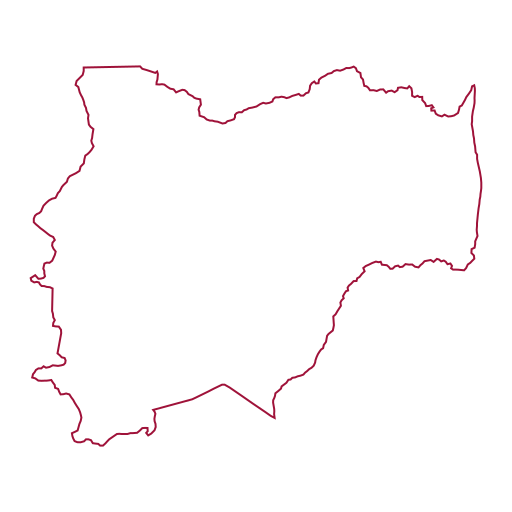 the district of Guaraí, Tocantins, Brazil
{"feature_id": "56859067B33114689351252", "entity_name": "Guaraí", "entity_type": "district", "adm_level": 2, "iso_a3": "BRA", "parent_name": "Brazil", "parent_adm1": "Tocantins", "projection": "orthographic", "projection_center": [-48.435, -8.766], "detail": "fine", "context": "isolated", "style": "outline", "palette": "rose", "viewbox_px": 512, "rotation_deg": 0, "n_neighbors": 0, "source": "geoboundaries", "source_scale": "gbopen_adm2", "svg_char_len": 5854}
<svg xmlns="http://www.w3.org/2000/svg" viewBox="0 0 512 512"><path d="M274.6,417.9L274.1,414.1L274.3,411.3L274.2,409.0L273.1,402.6L273.2,400.2L274.3,397.9L275.0,395.9L275.4,393.3L278.4,390.9L281.0,388.6L281.6,386.4L286.4,382.8L288.4,379.8L290.6,379.5L292.3,377.8L295.2,377.4L297.7,376.3L300.4,375.7L303.4,374.6L305.1,372.6L307.0,371.2L309.2,369.1L311.5,367.8L313.7,365.7L315.1,362.6L315.5,360.2L316.5,357.3L317.9,354.2L319.6,351.5L321.1,349.5L323.1,348.2L323.8,344.9L326.0,341.9L327.1,335.8L328.5,334.0L330.7,332.2L332.8,330.5L333.4,327.9L333.9,325.2L333.7,322.5L333.3,316.4L335.6,314.3L337.5,311.0L340.9,305.8L340.4,302.5L341.6,300.3L343.7,298.3L343.0,296.1L344.4,293.6L346.0,291.2L348.1,290.5L347.6,287.6L348.9,285.6L351.1,283.8L353.6,281.1L356.5,281.0L357.2,278.3L359.5,277.0L361.9,273.9L364.6,271.3L363.3,268.0L365.8,266.0L368.8,264.7L372.2,263.0L375.9,261.6L378.5,262.2L380.7,261.8L381.9,264.7L386.8,265.2L388.7,266.8L390.3,268.8L392.6,268.7L395.1,266.3L398.1,265.6L399.8,267.1L402.6,266.7L405.5,264.1L408.9,264.6L412.2,264.5L415.0,266.7L418.5,267.4L420.5,265.1L422.5,263.5L424.5,261.2L430.7,260.0L433.6,261.9L436.9,258.9L439.0,259.5L441.2,261.4L443.8,260.5L445.7,261.7L447.5,264.2L450.4,263.5L452.0,265.9L451.1,268.3L453.0,269.6L455.7,269.6L458.2,269.7L464.1,270.3L466.1,268.1L467.8,264.5L470.3,262.8L471.9,261.1L474.3,258.7L473.9,255.5L471.4,253.0L471.6,249.1L474.6,247.7L475.2,244.1L475.2,241.3L477.5,236.0L476.9,232.2L476.7,229.8L477.0,225.9L477.0,223.2L477.9,214.0L478.6,208.2L479.3,204.1L479.7,199.6L480.3,196.7L480.5,194.0L481.0,190.7L481.3,188.1L481.3,182.6L480.9,178.0L479.8,171.4L477.8,162.7L477.1,158.9L477.1,154.7L475.6,152.3L475.1,146.4L474.3,142.6L474.0,138.4L473.3,135.0L473.0,131.4L471.7,124.2L472.1,121.2L472.1,116.6L472.9,111.1L473.7,107.8L474.5,103.2L474.6,100.5L474.5,98.1L474.9,90.8L474.8,88.2L474.2,85.3L472.1,86.3L471.2,90.2L469.0,93.5L466.3,97.1L465.0,99.9L463.3,102.9L461.8,105.5L459.6,106.6L459.0,109.7L458.0,113.0L454.1,115.5L451.3,116.2L448.2,116.5L444.5,114.7L441.9,116.4L438.2,115.3L435.8,113.7L434.6,110.5L431.4,110.6L431.2,108.3L433.4,107.4L431.8,105.2L428.6,106.0L426.2,106.1L425.1,103.1L422.3,100.1L422.2,96.9L419.4,97.0L417.6,95.8L414.7,97.1L412.1,95.8L412.1,92.0L411.4,88.3L409.2,86.2L407.3,88.4L404.9,88.1L401.3,87.3L398.0,87.8L397.5,90.2L394.6,92.2L391.7,90.6L388.1,91.2L386.1,92.7L383.3,89.4L380.1,89.5L376.8,91.0L373.6,90.2L370.0,90.3L368.3,87.8L366.5,86.3L364.3,85.9L363.6,82.9L363.0,79.5L361.0,77.3L360.4,73.0L357.0,71.2L355.9,68.2L353.7,66.6L351.5,67.5L349.2,68.1L346.3,68.0L343.5,69.5L340.1,70.7L336.9,70.1L333.8,71.1L331.6,73.0L327.9,73.8L325.2,75.7L321.4,77.6L319.0,79.7L318.5,83.2L315.9,83.5L314.3,81.5L311.8,83.2L310.1,85.7L309.7,89.2L308.4,92.5L306.0,93.2L303.4,95.6L300.7,95.6L298.8,93.9L295.8,94.9L292.3,95.9L289.2,97.4L286.5,98.1L284.3,97.2L281.5,96.7L278.9,97.3L275.4,97.3L273.2,99.2L272.4,101.5L269.5,102.8L265.9,103.5L263.2,102.8L260.2,104.1L256.5,106.5L252.2,107.6L248.7,108.2L246.6,109.5L244.1,110.2L241.8,112.3L238.9,112.2L236.6,113.1L235.0,114.9L235.0,117.2L234.0,119.2L230.6,120.4L227.4,121.2L225.5,123.0L222.5,123.5L217.7,121.7L214.6,121.3L212.3,120.6L209.9,120.6L206.7,119.5L204.1,117.2L199.6,115.7L199.3,111.9L198.6,109.7L199.2,107.3L200.9,104.7L200.2,99.3L196.4,98.6L194.3,97.8L192.6,96.2L188.4,94.1L186.8,91.8L184.6,90.1L182.3,89.8L178.5,91.3L176.1,92.4L173.6,89.3L170.3,88.7L167.4,86.9L164.4,84.6L162.0,84.2L159.4,84.5L156.5,84.3L156.6,82.1L157.4,79.6L157.9,74.1L157.1,71.5L155.3,72.9L149.6,71.0L146.5,70.0L142.3,68.8L140.1,66.4L83.7,67.5L83.7,71.0L82.7,74.9L76.6,81.0L75.6,84.9L78.3,87.0L79.7,92.3L81.0,95.1L82.3,97.4L83.3,99.9L84.1,102.3L84.4,104.7L86.0,107.9L86.5,110.9L88.5,114.9L88.0,118.3L88.9,124.6L90.5,126.8L93.4,129.1L92.5,134.5L92.1,138.0L91.3,140.7L91.9,143.1L93.6,146.3L91.5,149.8L89.5,152.2L87.5,154.1L85.3,155.6L84.4,159.2L83.8,163.4L80.6,166.6L79.5,170.9L75.9,173.2L69.8,176.2L67.9,178.5L66.9,181.8L63.4,185.1L61.9,186.9L59.8,191.1L57.9,193.1L56.6,195.9L55.5,197.9L52.1,198.7L49.0,200.4L46.3,202.8L43.5,205.7L42.1,208.8L41.1,211.3L39.3,213.0L36.8,214.1L35.0,215.7L33.8,218.7L33.8,222.2L36.0,224.4L38.3,226.3L40.4,228.2L42.9,230.0L45.7,232.2L48.2,234.2L50.1,235.6L53.2,237.0L54.8,240.0L52.5,242.7L52.1,245.6L53.4,248.6L55.7,251.6L54.8,255.0L52.2,260.7L49.5,262.8L46.8,262.6L44.4,263.6L43.8,266.2L43.3,268.6L44.3,271.0L44.3,273.4L45.0,276.3L43.5,277.9L40.9,278.6L38.4,278.8L35.2,275.2L33.2,276.5L30.7,278.1L31.3,280.7L34.2,282.4L36.7,281.9L38.9,282.4L40.0,284.4L41.6,286.0L44.3,286.1L46.7,286.9L49.9,287.2L52.6,288.5L52.1,311.0L52.9,313.7L53.3,317.4L54.8,320.1L53.3,322.9L53.0,325.9L55.6,326.4L58.8,326.6L61.0,329.8L61.2,333.2L57.5,353.4L59.7,355.2L61.7,357.3L64.6,358.0L65.6,360.4L65.2,363.0L63.6,364.7L61.0,365.4L58.0,365.9L55.5,365.6L52.8,365.3L49.5,367.0L46.0,367.7L43.6,366.3L41.3,368.4L38.4,368.4L35.9,370.0L34.7,372.1L33.0,374.2L32.2,377.5L35.3,378.4L38.3,380.6L41.6,380.8L44.0,380.7L46.2,380.7L48.9,380.4L51.3,380.0L52.8,382.4L54.7,384.9L55.1,387.8L58.1,388.9L59.2,391.8L60.6,394.4L63.4,394.2L66.1,393.5L69.4,394.4L71.3,397.4L73.2,399.9L74.7,402.7L76.5,405.6L78.8,409.1L80.1,412.3L80.9,415.2L81.4,417.6L80.7,420.9L79.4,424.0L78.4,427.7L77.6,430.5L74.8,431.9L71.9,433.2L72.4,436.1L73.2,438.4L74.6,441.1L77.3,442.2L80.5,442.3L84.1,441.3L86.0,439.3L88.3,439.3L91.0,440.2L92.8,443.2L95.6,443.6L98.3,443.9L100.1,445.6L103.0,445.6L105.5,443.3L107.0,441.6L109.2,439.3L116.9,434.0L119.3,433.8L121.6,434.0L127.5,434.0L130.5,433.1L133.1,433.1L137.1,432.8L139.8,430.6L142.3,428.1L145.2,427.9L147.5,428.0L147.7,431.2L146.2,432.9L148.2,435.4L151.2,433.6L154.5,430.3L155.7,427.0L155.5,423.9L154.6,421.2L154.4,418.8L154.8,416.4L155.4,413.8L154.6,411.7L153.2,409.9L192.2,399.3L195.6,397.7L208.3,391.5L213.7,388.7L222.0,384.7L224.7,384.7L229.6,387.5L241.4,395.6L253.3,403.9L265.4,412.1L268.8,414.5L270.8,415.9L274.6,417.9Z" fill="none" stroke="#9f1239" stroke-width="2"/></svg>